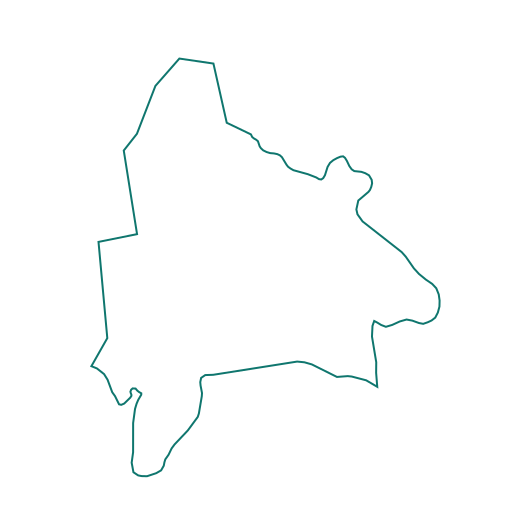 the Province of Santo Domingo de los Tsáchilas, rotated 263°
{"feature_id": "ECU-5508", "entity_name": "Santo Domingo de los Tsáchilas", "entity_type": "Province", "adm_level": 1, "iso_a3": "ECU", "parent_name": "Ecuador", "parent_adm1": "", "projection": "albers", "projection_center": [-79.253, -0.324], "detail": "fine", "context": "isolated", "style": "outline", "palette": "teal", "viewbox_px": 512, "rotation_deg": 263, "n_neighbors": 0, "source": "natural_earth", "source_scale": "10m", "svg_char_len": 1848}
<svg xmlns="http://www.w3.org/2000/svg" viewBox="0 0 512 512"><g transform="rotate(263 256 256)"><path d="M377.3,265.8L374.6,266.7L372.9,268.3L371.5,270.2L369.7,271.9L364.4,273.0L362.4,274.0L360.0,276.0L357.9,279.2L356.4,282.6L355.6,286.4L354.5,289.6L353.0,292.0L350.9,293.8L342.9,297.4L340.7,298.7L338.7,300.8L336.6,303.6L330.9,317.4L326.6,325.4L324.6,327.9L324.0,330.1L325.1,332.2L327.8,334.3L335.7,337.9L339.4,340.8L341.7,344.4L343.3,348.4L344.3,352.0L344.3,354.6L342.6,356.3L339.3,357.8L333.9,359.6L330.4,361.5L328.3,363.9L326.7,370.8L324.9,374.5L322.3,378.0L317.5,380.1L314.0,380.1L310.5,378.8L307.6,377.1L305.9,375.4L298.6,364.3L290.0,361.3L285.0,361.8L277.3,366.0L242.1,401.1L237.0,404.6L224.5,411.2L218.3,415.6L211.9,421.7L206.8,427.5L202.0,431.0L195.6,432.7L189.4,432.8L183.4,431.9L177.7,429.6L173.0,426.4L170.6,422.4L169.3,418.4L168.3,413.7L169.6,409.6L172.8,403.3L174.6,397.7L173.5,390.7L171.0,382.8L169.9,376.3L172.3,371.8L175.1,368.3L177.1,365.4L172.4,363.1L161.9,361.3L135.9,362.4L125.4,361.0L111.4,360.4L119.2,350.2L124.7,336.3L125.6,332.4L126.1,321.6L141.6,298.2L144.6,291.1L146.2,284.0L143.3,199.0L144.0,191.1L141.7,186.7L137.6,185.3L134.2,185.2L126.5,185.7L123.4,185.1L106.6,180.1L103.4,178.6L91.2,167.1L78.9,152.2L75.3,148.8L69.4,145.0L65.2,141.2L62.5,140.0L59.1,138.9L54.8,135.7L52.6,130.5L50.7,121.0L51.5,115.6L52.6,112.3L56.3,108.0L66.0,107.4L76.2,110.1L105.2,113.7L119.0,117.3L124.0,119.5L127.6,121.6L132.3,125.2L133.7,125.4L135.2,123.4L136.8,121.8L139.1,120.3L139.6,117.4L138.5,115.8L136.6,114.8L135.1,115.0L133.7,115.4L132.4,115.3L130.7,113.9L125.6,107.2L124.7,104.1L125.5,102.0L134.1,99.0L138.3,96.7L151.3,93.6L157.3,90.8L163.8,84.4L166.7,79.2L192.6,98.4L289.2,101.4L292.2,140.6L376.8,137.6L391.8,152.7L437.1,176.9L461.3,204.0L452.2,237.2L391.8,243.2L377.3,265.8Z" fill="none" stroke="#0f766e" stroke-width="2"/></g></svg>